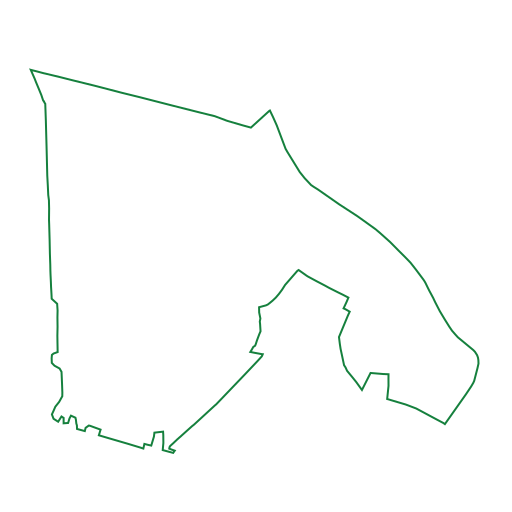 Dong Da, Ha Noi, Vietnam, rotated 178°
{"feature_id": "81297802B63935781650096", "entity_name": "Dong Da", "entity_type": "district", "adm_level": 2, "iso_a3": "VNM", "parent_name": "Vietnam", "parent_adm1": "Ha Noi", "projection": "robinson", "projection_center": [105.824, 21.015], "detail": "fine", "context": "isolated", "style": "outline", "palette": "green", "viewbox_px": 512, "rotation_deg": 178, "n_neighbors": 0, "source": "geoboundaries", "source_scale": "gbopen_adm2", "svg_char_len": 3290}
<svg xmlns="http://www.w3.org/2000/svg" viewBox="0 0 512 512"><g transform="rotate(178 256 256)"><path d="M73.1,81.4L64.2,93.1L51.0,110.5L45.6,118.0L43.3,121.6L42.3,123.6L38.6,136.1L37.4,140.7L37.4,144.2L37.7,146.7L38.5,149.2L40.5,152.6L42.1,154.4L57.1,167.7L59.7,170.8L62.7,174.5L65.4,178.8L69.5,185.9L74.2,194.4L78.5,203.5L79.8,206.5L80.2,207.5L82.6,212.4L84.0,215.2L85.5,218.5L87.4,222.8L88.0,224.0L88.6,225.1L89.6,226.7L92.1,230.3L96.7,236.9L101.8,243.9L107.2,249.9L113.3,256.4L121.4,265.2L131.4,274.8L135.6,278.6L142.3,283.8L153.2,292.2L171.0,304.7L191.9,320.4L196.2,323.3L197.1,324.0L198.4,324.9L204.6,332.0L209.3,338.3L212.6,344.1L220.9,358.7L222.7,362.1L230.7,385.8L234.1,394.2L236.5,399.7L237.0,400.9L237.6,400.6L256.6,384.5L264.3,386.9L279.5,391.9L281.6,392.7L282.2,393.0L292.4,397.2L306.5,401.2L314.1,403.4L334.8,409.4L366.4,418.7L384.4,423.8L408.9,431.1L409.6,431.3L412.0,432.0L434.2,438.3L445.9,441.7L460.7,445.8L461.2,445.9L461.9,446.1L468.8,448.2L472.6,449.3L474.6,449.9L470.9,440.6L469.9,437.7L467.6,431.6L465.3,425.4L464.9,424.3L463.4,419.2L463.2,418.7L462.9,418.3L462.4,417.9L462.4,417.6L462.3,417.3L462.2,416.9L462.0,416.6L461.3,415.5L461.3,398.7L461.5,373.1L461.6,362.7L461.8,343.6L461.6,333.3L461.5,324.2L461.0,318.9L461.1,310.6L461.6,299.4L461.6,294.8L461.7,279.2L461.9,265.6L461.9,263.7L461.9,256.7L461.9,254.3L462.0,248.7L462.0,244.8L461.9,236.7L461.9,232.4L461.8,228.6L461.7,223.7L461.7,220.4L456.4,215.2L456.2,208.4L456.6,201.5L456.8,192.2L457.3,183.2L457.4,178.0L457.5,172.0L457.6,166.9L461.7,165.6L463.4,164.3L463.8,161.0L463.8,156.3L463.3,155.7L461.2,153.4L456.2,150.4L454.4,147.0L454.3,135.2L454.3,126.4L454.5,122.6L457.8,117.1L461.8,112.4L463.8,108.2L465.5,104.8L464.0,100.4L459.5,97.3L456.0,102.4L453.9,100.9L454.1,95.5L449.6,95.7L448.1,100.1L446.5,102.9L442.1,100.7L441.7,98.7L441.4,94.8L440.9,93.0L440.9,89.4L433.2,87.0L432.3,90.2L430.8,91.2L429.0,92.4L427.8,92.1L427.3,91.9L424.6,90.8L417.4,87.9L419.3,82.3L410.0,79.2L390.6,72.8L378.0,68.5L376.2,67.8L375.3,67.5L374.1,72.1L370.8,71.1L367.3,70.2L364.3,79.1L363.7,83.0L355.0,83.7L354.9,80.4L355.1,72.3L356.0,65.3L345.7,62.1L344.0,64.3L347.6,65.7L349.4,66.5L349.1,68.0L348.5,69.0L348.3,69.2L347.0,70.3L345.1,71.9L343.2,73.6L341.8,74.8L341.3,75.3L340.8,75.7L339.8,76.5L339.6,76.7L338.5,77.6L337.7,78.2L336.8,79.0L336.2,79.5L333.1,82.1L325.8,88.2L324.0,89.5L302.3,108.1L301.0,109.1L271.1,138.2L258.3,150.8L253.8,155.4L253.0,156.9L252.7,157.6L253.5,157.7L260.8,159.3L264.1,160.1L264.6,160.2L265.0,160.3L263.4,162.7L261.9,165.2L260.0,166.4L259.2,168.2L258.1,171.3L257.0,174.0L255.5,177.6L254.1,180.6L254.3,188.1L254.5,190.3L253.8,193.4L254.8,199.4L254.7,204.7L247.8,206.3L245.9,207.1L244.1,208.4L241.1,210.7L237.7,213.7L234.4,217.3L231.2,221.3L227.9,226.1L215.2,239.7L213.9,240.5L205.9,234.4L205.3,234.0L204.7,233.6L196.0,228.5L193.5,227.1L187.9,223.9L184.9,222.1L183.7,221.4L175.3,216.8L170.6,214.3L165.1,211.2L167.1,206.9L170.0,201.2L170.3,200.6L168.5,199.7L166.4,198.4L164.3,197.1L166.4,192.9L175.9,172.1L175.3,165.3L174.7,160.2L173.4,152.9L171.8,143.8L170.4,141.5L169.0,138.1L163.7,131.2L160.2,126.5L154.8,118.4L145.6,135.1L132.9,133.6L127.7,133.2L127.9,128.8L128.1,121.6L129.9,108.5L111.7,102.4L109.5,101.5L101.2,98.0L81.1,86.3L74.5,82.5L73.1,81.4Z" fill="none" stroke="#15803d" stroke-width="2"/></g></svg>